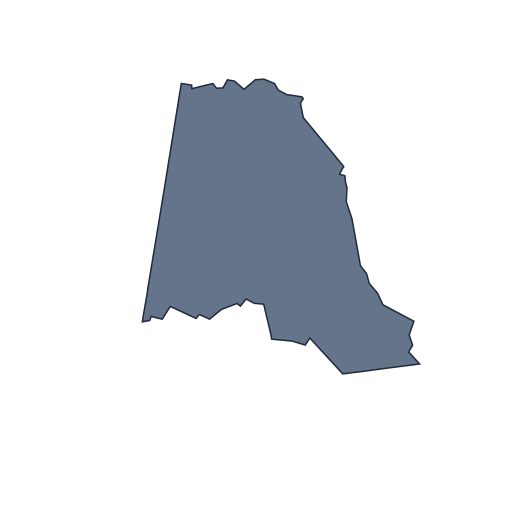 Columbus, North Carolina, United States of America, rotated 54°
{"feature_id": "52423323B52623684418934", "entity_name": "Columbus", "entity_type": "district", "adm_level": 2, "iso_a3": "USA", "parent_name": "United States of America", "parent_adm1": "North Carolina", "projection": "robinson", "projection_center": [-78.658, 34.215], "detail": "fine", "context": "isolated", "style": "filled", "palette": "slate", "viewbox_px": 512, "rotation_deg": 54, "n_neighbors": 0, "source": "geoboundaries", "source_scale": "gbopen_adm2", "svg_char_len": 1123}
<svg xmlns="http://www.w3.org/2000/svg" viewBox="0 0 512 512"><g transform="rotate(54 256 256)"><path d="M72.5,215.0L103.0,245.7L115.9,258.7L137.6,280.5L145.8,288.7L151.8,294.8L159.6,302.7L177.3,320.6L184.3,327.7L194.3,337.9L217.5,361.4L218.3,362.4L221.3,365.0L237.6,381.8L242.0,386.2L242.5,386.7L245.7,379.9L243.3,376.4L252.0,369.0L246.4,355.0L271.3,341.2L270.0,336.3L279.8,330.7L278.9,315.3L283.3,299.3L287.4,298.1L285.0,289.3L293.3,285.2L299.5,278.1L327.6,289.8L332.5,292.2L346.1,276.8L357.0,268.5L354.0,260.7L402.4,255.1L402.5,254.9L413.0,235.8L423.6,216.2L424.7,214.2L439.5,187.1L423.3,188.9L420.3,181.8L409.9,178.5L401.6,166.6L370.0,182.0L357.4,179.5L344.8,180.5L335.2,176.9L325.2,177.2L281.9,156.3L265.2,151.1L255.4,143.2L253.9,142.1L253.5,141.9L252.8,141.7L251.7,141.3L248.5,140.0L243.3,136.9L238.9,140.4L235.9,134.3L235.5,132.6L233.4,132.5L171.9,136.4L158.6,130.3L156.5,125.3L154.2,125.3L143.4,136.3L134.8,140.5L127.4,139.6L117.5,145.7L113.0,153.0L114.1,167.7L101.9,170.6L96.7,175.5L100.6,184.0L96.9,189.4L91.1,189.5L82.9,209.5L79.9,207.6L72.5,215.0Z" fill="#64748b" stroke="#1e293b" stroke-width="1.5"/></g></svg>